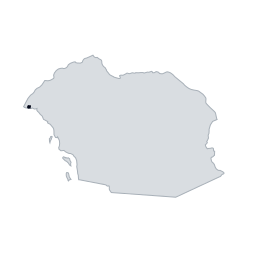 Mtwara Urban, Mtwara, United Republic of Tanzania shown in context, rotated 155°
{"feature_id": "72390352B87015028421250", "entity_name": "Mtwara Urban", "entity_type": "district", "adm_level": 2, "iso_a3": "TZA", "parent_name": "United Republic of Tanzania", "parent_adm1": "Mtwara", "projection": "mercator", "projection_center": [40.161, -10.316], "detail": "fine", "context": "in_parent", "style": "filled", "palette": "ink", "viewbox_px": 256, "rotation_deg": 155, "n_neighbors": 0, "source": "geoboundaries", "source_scale": "gbopen_adm2", "svg_char_len": 4188}
<svg xmlns="http://www.w3.org/2000/svg" viewBox="0 0 256 256"><g transform="rotate(155 128 128)"><path d="M97.7,174.9L95.2,173.6L92.9,172.8L91.0,171.9L90.2,171.0L88.4,170.7L86.9,170.5L85.5,169.7L82.7,169.4L82.3,168.9L82.3,167.7L81.8,167.4L80.7,167.0L79.6,167.1L78.9,167.2L78.5,167.1L77.6,166.4L76.7,165.5L76.4,164.1L75.1,163.2L73.6,162.5L69.4,162.5L68.7,162.3L67.7,161.6L66.5,160.4L65.6,159.0L64.7,157.2L63.9,154.7L59.1,144.7L58.6,142.8L57.6,140.7L56.1,138.1L54.4,136.2L52.2,134.5L49.7,132.8L48.4,131.6L45.8,126.9L45.2,124.7L44.8,122.5L45.0,121.5L46.6,118.6L46.8,117.8L46.6,116.7L45.8,114.3L44.8,111.5L42.7,106.4L42.4,105.1L42.5,104.1L43.7,98.9L43.6,98.1L48.5,98.2L52.0,96.0L55.1,92.5L55.7,91.1L56.9,88.9L58.2,87.8L58.6,87.1L59.3,84.9L61.0,83.4L62.5,82.3L62.2,81.5L62.4,81.2L63.3,80.6L65.0,80.1L65.3,78.9L65.3,77.6L65.0,76.9L65.1,76.1L64.8,75.6L63.7,75.5L62.1,74.8L60.7,74.6L59.8,74.2L59.5,73.9L59.3,73.1L60.1,71.1L59.3,70.3L61.0,67.0L61.3,66.6L61.9,66.6L62.9,66.2L63.8,66.0L64.5,66.2L65.1,66.0L65.5,65.7L65.9,64.5L66.3,62.7L66.1,61.1L65.4,60.0L65.2,58.2L65.5,55.7L65.3,53.7L64.5,52.1L63.7,51.2L62.5,50.7L60.6,48.3L60.0,47.1L60.1,46.4L60.8,46.0L62.0,46.2L63.1,45.9L64.2,45.2L65.2,45.0L65.8,45.1L114.0,45.1L170.3,76.5L170.5,76.9L170.9,79.6L170.8,80.5L170.0,82.1L169.7,82.9L169.7,83.5L169.9,83.7L170.7,83.8L171.3,84.2L171.5,84.4L172.0,85.6L172.6,86.2L194.0,101.7L194.5,101.9L194.2,103.2L193.0,106.3L192.9,107.6L192.4,109.2L192.0,110.2L190.8,114.6L189.7,116.3L188.3,120.2L188.1,123.2L188.9,125.2L189.2,127.2L190.8,129.1L192.1,129.8L193.0,130.7L194.6,132.7L195.5,134.7L198.4,135.7L199.5,137.9L199.1,139.5L197.8,140.7L196.5,142.8L195.5,145.6L195.5,149.7L196.2,149.1L197.7,150.1L197.9,153.2L196.3,156.8L195.8,158.5L195.8,159.9L196.9,164.2L198.6,166.4L198.5,167.1L198.0,167.7L200.9,171.6L200.7,174.9L201.8,177.6L202.3,179.9L203.0,181.6L203.1,182.8L202.2,184.2L204.4,184.5L205.6,185.6L206.2,186.6L207.7,186.6L208.6,187.3L209.8,187.9L212.4,189.7L213.2,190.6L213.6,191.4L206.3,197.0L203.6,198.4L201.8,199.1L199.8,199.4L197.8,200.3L196.0,201.7L193.7,202.4L190.9,202.4L187.9,203.4L183.3,206.2L180.6,204.6L178.4,204.1L176.0,204.2L174.5,204.4L174.0,204.7L173.5,205.7L173.1,207.3L171.5,208.9L168.7,210.4L166.1,210.9L163.7,210.5L162.1,209.9L161.3,209.1L160.0,208.7L158.4,208.7L156.8,209.3L155.4,210.5L153.0,211.0L149.7,210.8L147.9,210.3L147.7,209.3L146.3,208.2L143.6,206.9L141.7,206.9L140.5,208.1L139.3,208.9L138.3,209.2L137.4,209.2L136.1,208.9L132.4,208.8L129.0,208.8L128.7,207.0L128.0,205.9L127.3,205.3L126.2,205.1L125.8,204.6L125.4,203.5L124.8,202.6L124.1,201.8L123.6,201.0L123.5,200.4L123.6,199.6L124.3,197.8L124.5,196.5L124.4,195.2L124.1,193.9L123.2,192.3L123.3,191.9L123.1,190.8L123.0,190.1L123.2,189.1L123.0,187.9L122.3,185.3L122.3,184.6L121.6,183.3L119.3,180.4L119.2,180.0L115.6,176.9L114.2,176.3L113.7,176.8L113.5,177.4L113.6,178.3L113.6,178.8L113.4,179.0L112.6,179.0L112.0,178.9L110.7,178.1L109.6,177.9L107.0,178.0L106.1,178.2L105.4,178.0L104.0,176.7L102.4,176.4L100.9,176.3L98.5,174.7L97.7,174.9ZM198.7,124.8L199.9,128.1L199.7,128.7L198.9,129.1L198.5,129.1L198.0,128.6L197.6,127.4L197.0,127.7L195.9,126.4L194.8,126.3L193.9,124.7L194.3,123.4L194.1,121.0L195.2,119.8L195.8,117.8L196.6,119.2L196.8,121.3L197.8,123.9L198.7,124.8ZM204.4,105.2L204.5,106.0L204.2,106.7L204.3,109.0L204.2,110.6L203.3,112.7L202.6,113.5L202.0,113.3L201.4,112.9L201.0,112.3L201.9,108.4L201.4,105.5L203.1,105.8L204.4,105.2ZM202.0,152.7L201.2,152.9L200.9,152.7L200.4,152.0L201.2,151.5L202.1,150.4L204.1,148.8L205.0,147.6L204.9,148.8L203.8,151.5L202.8,151.7L202.0,152.7Z" fill="#d9dde1" stroke="#a8b0b8" stroke-width="1"/><path d="M209.7,188.4L209.4,188.3L209.3,188.2L209.2,188.1L208.9,188.2L208.8,188.3L208.8,188.5L208.8,188.4L208.9,188.5L208.7,188.5L208.7,188.4L208.7,188.2L208.4,188.1L208.2,188.2L208.0,188.3L207.9,188.3L207.8,188.5L207.7,188.6L207.7,188.8L207.6,189.0L207.4,189.2L207.4,189.3L207.5,189.3L207.8,189.3L208.0,189.4L208.3,189.5L208.3,189.8L208.5,190.0L208.8,190.1L209.0,190.1L209.3,190.0L209.4,189.9L209.5,189.8L209.5,189.7L209.7,189.4L209.8,189.4L209.9,189.2L210.0,189.1L210.0,188.9L210.0,188.7L209.9,188.6L209.8,188.4L209.7,188.4L209.7,188.4Z" fill="#0f172a" stroke="#020617" stroke-width="1.5"/></g></svg>